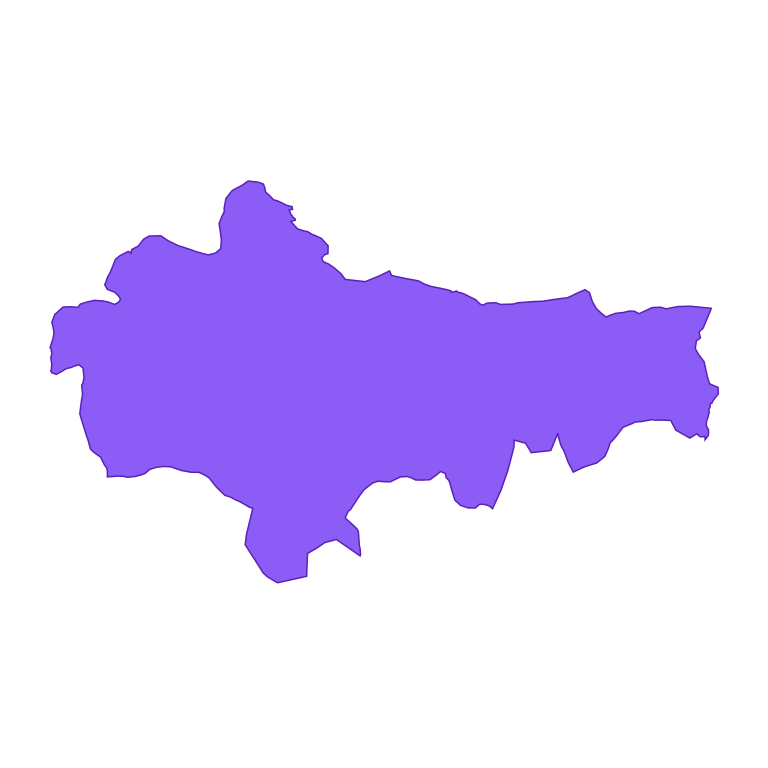 the district of Shiroro, Niger, Nigeria, rotated 271°
{"feature_id": "59680162B70265669805684", "entity_name": "Shiroro", "entity_type": "district", "adm_level": 2, "iso_a3": "NGA", "parent_name": "Nigeria", "parent_adm1": "Niger", "projection": "mercator", "projection_center": [6.713, 10.082], "detail": "fine", "context": "isolated", "style": "filled", "palette": "violet", "viewbox_px": 768, "rotation_deg": 271, "n_neighbors": 0, "source": "geoboundaries", "source_scale": "gbopen_adm2", "svg_char_len": 5255}
<svg xmlns="http://www.w3.org/2000/svg" viewBox="0 0 768 768"><g transform="rotate(271 384 384)"><path d="M286.3,109.0L287.2,119.1L287.2,124.3L286.3,129.6L287.2,136.7L288.6,142.0L290.5,146.8L294.5,151.2L296.8,158.2L297.7,165.2L297.5,172.1L294.0,182.9L292.4,192.6L292.4,200.7L290.0,206.0L287.2,210.7L277.8,218.4L269.8,227.0L268.4,232.2L266.1,236.5L263.7,242.2L258.6,251.3L257.5,255.0L231.0,249.1L220.9,248.0L205.9,258.0L193.0,266.5L189.1,270.9L183.4,281.0L190.4,310.0L213.2,310.5L218.6,319.3L224.4,327.6L227.7,339.1L211.7,363.1L212.3,363.3L213.2,363.6L214.2,363.4L217.2,363.2L219.5,362.8L220.6,362.7L221.5,362.2L226.4,361.8L229.9,361.5L232.4,361.3L232.6,361.3L232.9,361.2L234.1,361.1L234.6,361.1L235.2,361.0L235.7,360.9L236.3,360.8L236.8,360.6L237.3,360.4L237.8,360.1L238.2,359.8L238.6,359.5L239.0,359.1L239.4,358.7L240.2,357.9L243.7,354.0L246.4,351.0L247.1,350.1L247.5,349.7L247.8,349.3L248.1,348.9L248.3,348.6L248.4,348.3L250.1,347.7L256.2,350.5L257.6,352.5L272.6,362.0L277.8,365.8L281.6,370.3L282.7,371.7L283.4,372.6L283.8,373.0L283.9,373.3L284.8,374.4L286.7,379.6L286.3,386.3L286.3,392.0L291.4,402.1L291.9,408.7L290.9,412.5L288.6,417.3L288.6,424.5L289.1,431.6L293.8,437.8L297.5,442.1L295.6,446.9L291.4,447.8L288.6,450.7L284.4,452.1L279.4,453.5L269.1,456.9L264.0,462.6L261.6,470.2L261.6,477.4L265.4,481.7L265.4,486.4L264.0,491.2L261.2,494.7L279.3,502.6L299.9,509.4L323.1,515.0L330.1,515.2L327.3,526.6L317.9,532.4L320.4,551.9L338.0,558.7L335.9,558.9L332.9,559.6L329.2,560.9L326.5,561.7L323.5,563.0L321.6,564.4L319.1,565.6L316.7,566.5L314.4,567.4L311.7,568.4L309.2,569.4L307.3,570.4L305.5,571.3L303.2,572.8L301.0,573.7L299.2,574.7L302.6,581.5L305.0,586.7L306.7,591.8L308.7,598.0L315.4,606.0L319.7,607.9L322.0,608.8L323.2,609.3L325.7,610.1L329.5,611.2L331.0,613.1L336.9,617.9L344.9,623.7L349.4,634.2L350.3,635.2L351.0,642.3L352.3,648.8L353.0,652.6L352.6,655.7L352.8,663.7L352.5,671.4L343.0,676.5L335.3,690.7L339.6,697.6L336.8,701.0L336.9,705.9L333.9,706.0L338.1,709.1L341.0,709.4L344.0,709.2L345.4,708.5L347.5,707.1L349.7,707.0L352.3,707.1L356.1,708.4L361.4,709.7L363.8,709.2L367.0,710.5L369.6,710.5L371.1,712.6L372.7,713.0L376.8,716.0L379.9,718.5L386.4,718.1L387.1,716.3L389.9,709.6L392.0,708.8L396.9,707.2L397.3,707.1L412.0,703.6L418.9,698.1L424.8,694.6L432.7,695.6L435.6,699.6L441.5,698.1L445.4,702.1L463.1,709.1L465.4,709.9L467.1,689.2L466.6,676.7L464.1,664.7L465.6,659.2L465.1,650.8L458.7,637.8L461.2,632.8L461.2,627.8L459.7,622.3L458.7,614.3L457.3,610.6L456.0,607.1L454.8,605.1L458.2,600.4L463.2,594.9L470.0,590.9L478.9,587.9L481.8,583.4L478.9,576.9L475.0,569.3L473.5,566.0L471.5,552.5L469.5,541.0L469.0,531.5L467.6,517.0L466.1,511.1L465.6,499.1L467.1,494.6L467.1,491.1L466.6,485.1L464.6,482.1L465.6,478.6L470.0,474.1L472.0,469.6L475.0,463.5L476.6,459.2L477.0,456.6L478.2,455.1L477.4,452.2L476.8,449.3L478.4,449.2L479.4,445.2L480.8,438.2L482.3,429.7L484.8,422.2L487.7,416.7L489.7,404.7L491.7,394.2L492.6,389.7L497.2,387.6L492.1,377.7L486.0,363.4L487.9,343.4L493.5,339.1L498.7,332.9L499.7,331.5L502.9,326.7L505.3,321.0L509.0,319.5L510.3,320.7L512.3,322.4L513.3,325.7L521.3,325.7L524.1,322.9L528.4,319.0L531.1,312.9L532.1,310.0L534.9,305.2L535.8,300.9L537.7,294.7L542.4,290.4L544.7,288.1L545.7,290.4L546.1,292.3L547.5,292.3L549.4,289.9L552.7,287.6L556.5,286.1L556.7,287.5L556.9,289.5L559.8,289.0L560.3,286.2L560.7,284.2L565.0,275.0L566.3,270.4L570.1,266.6L573.8,262.3L578.5,261.3L581.8,259.9L583.7,254.2L584.2,248.4L584.6,244.6L582.2,241.4L580.4,238.9L574.8,228.9L572.0,226.7L569.4,224.7L566.8,222.7L558.7,221.4L556.9,221.1L555.2,221.2L553.2,221.2L549.8,219.5L548.5,218.9L546.9,218.3L541.6,216.3L534.5,217.5L532.1,217.9L526.4,218.7L525.0,218.9L520.2,218.6L516.6,218.4L514.2,215.7L511.9,213.1L511.0,209.8L510.0,206.0L513.1,193.6L515.1,187.9L518.9,175.4L523.6,165.4L528.3,158.2L528.2,154.9L527.8,146.5L524.5,141.0L517.5,135.8L514.1,129.5L514.0,129.4L513.8,129.3L512.6,129.1L512.2,129.0L511.7,129.1L511.3,129.2L510.7,129.1L510.2,128.6L510.3,128.5L510.5,128.4L510.8,128.1L511.2,127.8L511.4,127.5L511.6,127.0L511.8,126.6L511.9,126.3L511.9,126.1L512.1,126.0L512.1,125.9L507.6,117.6L503.9,113.3L496.6,110.6L494.0,109.5L490.3,108.1L486.0,105.7L481.5,104.3L478.4,103.0L473.8,105.7L471.0,113.3L466.8,117.6L464.0,119.1L461.2,117.2L458.8,113.3L461.2,106.7L462.1,101.9L462.4,95.9L462.6,92.8L462.2,91.5L460.7,85.2L459.1,80.6L458.6,79.0L455.3,76.6L455.8,69.4L455.3,61.8L451.8,58.0L449.2,55.2L447.8,53.6L446.5,53.2L439.8,50.8L437.6,51.4L435.1,52.2L429.5,53.2L427.7,52.9L423.4,52.2L414.6,49.5L413.9,50.0L412.5,50.7L411.6,50.9L411.1,50.7L410.7,51.1L409.4,51.4L409.0,51.4L408.5,51.2L408.1,51.0L407.9,51.1L407.7,51.2L407.4,51.1L407.2,51.1L406.9,51.0L406.7,51.0L406.4,51.0L406.1,50.7L405.4,50.6L404.0,50.4L403.5,50.6L398.1,51.4L396.9,51.6L395.2,51.2L393.1,51.2L391.2,50.6L389.3,51.8L387.9,56.2L391.0,61.7L393.8,65.9L395.1,71.1L395.2,71.3L396.1,73.0L397.9,78.6L394.7,82.8L385.3,83.9L379.9,83.0L377.2,81.8L371.5,82.4L368.4,82.8L366.6,82.5L362.8,81.9L361.2,81.7L352.3,80.7L348.7,80.4L342.5,82.4L339.0,83.5L331.7,85.9L329.5,86.6L327.4,87.3L324.8,88.3L322.9,89.0L319.4,90.0L313.5,91.8L311.3,94.4L310.2,95.7L308.1,98.7L306.0,101.9L303.2,103.3L301.6,104.1L298.5,105.7L295.5,108.0L292.8,108.8L291.4,109.0L286.3,109.0Z" fill="#8b5cf6" stroke="#5b21b6" stroke-width="1.5"/></g></svg>